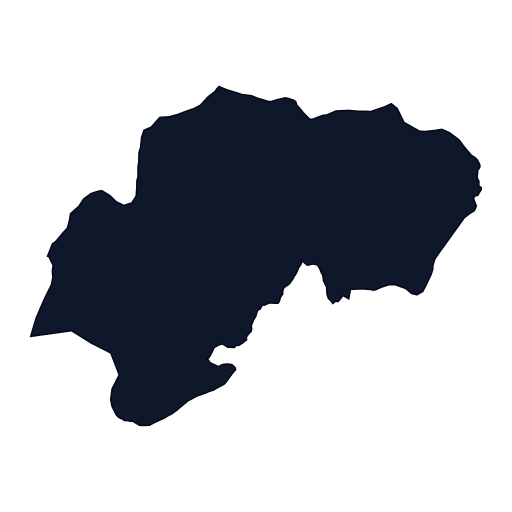 Mashegu, Niger, Nigeria (Natural Earth projection)
{"feature_id": "59680162B45761990386675", "entity_name": "Mashegu", "entity_type": "district", "adm_level": 2, "iso_a3": "NGA", "parent_name": "Nigeria", "parent_adm1": "Niger", "projection": "natural_earth1", "projection_center": [5.371, 9.82], "detail": "fine", "context": "isolated", "style": "filled", "palette": "ink", "viewbox_px": 512, "rotation_deg": 0, "n_neighbors": 0, "source": "geoboundaries", "source_scale": "gbopen_adm2", "svg_char_len": 3673}
<svg xmlns="http://www.w3.org/2000/svg" viewBox="0 0 512 512"><path d="M348.7,298.8L350.5,289.2L353.3,289.3L356.7,289.0L364.5,289.0L372.4,289.7L372.8,289.8L372.9,290.0L373.0,290.3L373.7,289.8L375.3,289.9L381.3,287.2L389.2,284.7L395.0,284.7L405.5,288.4L411.8,293.6L417.0,294.8L422.8,291.4L426.4,284.4L431.2,274.3L432.8,269.1L432.8,265.8L434.9,258.9L439.9,251.7L464.5,217.5L470.0,213.3L473.9,211.1L475.0,209.3L475.5,208.4L476.3,205.9L475.8,204.5L475.0,202.5L474.1,200.1L473.7,198.9L474.2,196.5L476.0,195.6L476.3,195.6L477.3,195.6L478.4,194.6L478.5,194.3L478.9,193.1L479.8,191.9L480.2,191.3L481.3,189.5L481.3,187.6L480.0,186.7L479.8,186.7L478.9,186.4L478.9,184.6L478.9,184.0L478.9,181.2L478.6,180.7L477.3,178.2L477.3,177.1L477.3,175.6L477.3,175.4L477.4,175.2L477.6,173.3L477.6,171.9L477.6,170.5L478.4,169.4L479.2,168.4L480.0,166.6L479.8,165.5L479.8,164.7L479.7,164.5L477.3,159.8L474.4,157.1L471.3,155.3L463.4,145.8L459.2,140.0L458.1,139.2L449.5,132.7L441.9,129.3L435.2,130.4L425.0,131.5L419.5,131.2L404.0,122.4L397.2,108.5L391.3,103.7L385.0,106.7L370.5,111.6L366.1,111.3L358.5,111.3L348.5,110.4L335.9,111.0L327.0,114.9L326.3,115.0L323.1,115.3L318.1,117.1L312.8,119.2L309.7,119.2L307.6,117.1L303.1,112.5L300.5,109.1L298.2,106.6L296.8,105.2L295.8,101.8L293.9,100.3L288.7,98.5L285.3,97.8L276.9,99.7L271.6,101.5L268.5,101.5L264.8,100.3L262.7,99.7L258.3,98.5L251.4,95.7L241.7,94.5L238.6,93.4L226.3,89.6L219.0,86.5L216.7,89.0L215.4,91.1L208.0,96.9L200.4,105.2L194.1,108.5L186.0,111.3L178.1,114.3L169.2,116.8L159.8,117.4L156.6,121.1L151.1,127.2L144.0,130.2L141.6,137.5L140.6,147.3L139.0,152.5L138.8,161.4L138.0,166.9L138.0,176.9L136.9,180.6L136.9,180.9L136.8,186.9L136.2,195.9L131.8,202.9L128.3,204.0L123.8,205.4L116.1,201.7L110.1,195.7L101.7,190.6L97.3,191.5L90.9,193.6L83.7,198.9L78.9,206.2L70.5,213.7L69.4,220.6L67.2,228.5L65.8,229.8L63.4,232.3L56.0,241.2L52.4,244.0L47.5,256.2L48.9,256.6L53.1,265.3L52.3,271.5L52.9,277.3L51.4,284.7L43.9,300.0L36.0,318.4L30.7,336.4L71.5,330.7L91.0,342.9L110.8,353.0L119.2,374.9L112.0,389.1L110.7,399.5L112.0,406.3L115.9,414.2L117.5,416.2L118.3,417.0L120.4,418.3L122.8,419.2L124.2,420.5L127.9,420.7L129.9,421.2L132.5,421.2L139.2,425.1L140.9,425.5L149.3,425.3L152.4,423.7L155.1,422.2L164.2,418.1L169.0,415.2L170.6,414.5L172.8,413.2L174.8,411.6L177.1,410.0L179.5,407.9L180.6,407.0L181.9,405.9L187.8,400.9L191.1,399.2L192.2,398.6L197.2,395.9L206.0,392.9L208.4,391.7L213.5,390.1L216.7,388.2L224.7,383.8L232.0,373.9L235.7,369.5L235.0,367.4L231.8,364.6L229.0,364.1L225.5,364.1L222.7,364.5L220.1,365.7L218.4,366.7L215.4,365.1L212.5,364.0L209.7,362.3L208.5,360.1L206.8,359.4L209.2,357.3L211.6,352.9L214.2,347.5L219.0,344.8L222.8,344.0L227.7,347.2L234.4,347.5L236.2,345.2L238.4,345.6L242.6,343.0L245.7,340.4L246.7,339.8L246.1,338.2L247.2,335.8L249.3,333.2L251.1,331.5L251.7,329.0L251.3,325.4L252.2,323.4L253.7,319.8L255.8,316.3L256.6,313.2L257.9,310.2L260.4,308.8L261.0,307.3L262.6,304.9L264.4,305.2L266.0,304.4L269.3,303.0L277.9,303.3L279.4,301.3L280.4,297.3L282.7,294.1L282.8,291.0L283.6,288.2L285.5,286.5L288.1,284.9L289.1,284.1L290.2,282.8L291.5,280.8L292.5,279.6L293.4,278.1L294.2,276.1L295.4,274.8L296.9,272.1L298.3,268.5L298.8,267.3L299.9,266.0L301.2,263.9L301.6,262.5L301.2,261.0L301.2,260.0L302.5,261.6L303.7,262.2L305.3,263.5L306.7,264.9L308.4,265.2L310.1,264.5L313.5,264.0L317.1,264.9L318.2,266.1L320.1,269.5L321.0,272.1L322.7,275.2L323.3,278.8L323.5,280.7L323.7,281.0L323.7,281.5L324.0,281.8L324.3,282.2L325.3,284.7L326.4,286.4L326.7,288.7L326.8,291.7L327.0,294.3L328.3,298.2L331.5,301.5L332.8,303.5L334.1,302.5L335.1,301.5L336.3,301.3L338.1,301.6L339.9,299.5L343.0,295.5L348.7,298.8Z" fill="#0f172a" stroke="#020617" stroke-width="1.5"/></svg>